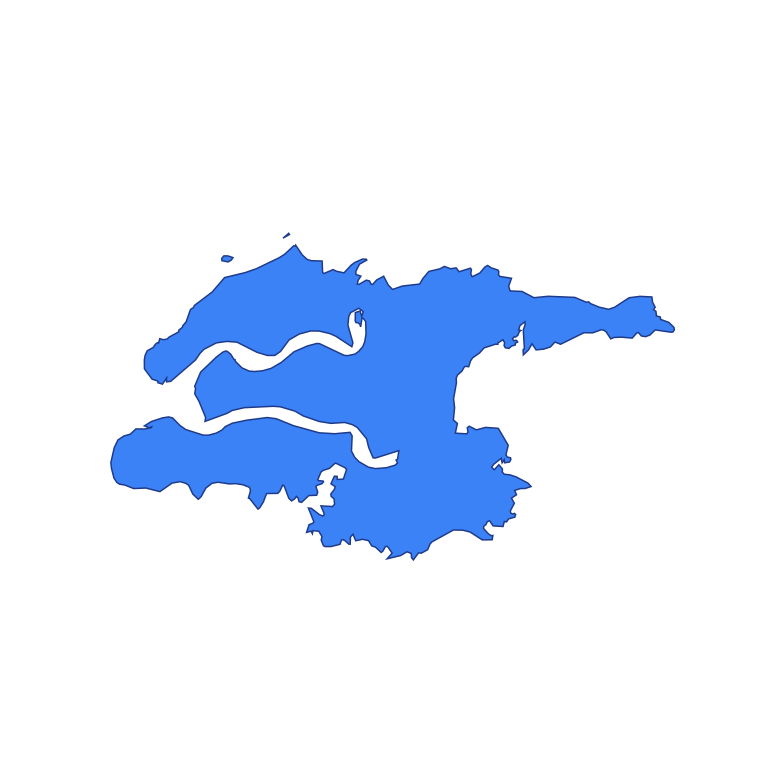 outline of Barguna, Barisal, Bangladesh, rotated 62°
{"feature_id": "16705992B13795829103768", "entity_name": "Barguna", "entity_type": "district", "adm_level": 2, "iso_a3": "BGD", "parent_name": "Bangladesh", "parent_adm1": "Barisal", "projection": "natural_earth1", "projection_center": [90.164, 22.173], "detail": "fine", "context": "isolated", "style": "filled", "palette": "blue", "viewbox_px": 768, "rotation_deg": 62, "n_neighbors": 0, "source": "geoboundaries", "source_scale": "gbopen_adm2", "svg_char_len": 6160}
<svg xmlns="http://www.w3.org/2000/svg" viewBox="0 0 768 768"><g transform="rotate(62 384 384)"><path d="M465.0,130.8L465.6,126.2L463.6,119.1L473.0,106.3L473.7,104.5L472.5,102.2L470.2,101.4L463.3,103.6L456.9,109.4L454.5,108.6L451.8,111.5L447.6,109.8L444.8,111.1L443.5,108.5L437.9,108.5L432.9,106.6L426.8,116.8L422.9,127.1L424.5,144.3L423.5,150.6L417.1,158.0L410.0,163.9L407.6,164.7L406.7,167.1L397.1,174.9L383.6,197.9L378.2,211.1L367.1,218.7L361.0,229.0L356.2,228.0L350.5,221.8L343.4,231.2L341.3,231.6L338.7,229.9L336.9,229.9L331.8,234.8L328.0,236.8L328.1,240.1L331.0,247.2L330.7,255.8L327.7,255.8L324.0,253.1L322.3,253.3L320.1,265.0L315.3,265.8L313.5,271.1L308.5,275.5L308.6,280.3L305.7,291.6L309.1,300.1L312.5,305.6L306.1,321.9L304.5,332.1L298.6,333.8L288.7,333.7L288.7,341.6L290.7,347.1L290.0,348.5L286.2,348.4L284.0,350.9L284.3,359.3L283.4,360.7L280.4,358.3L277.9,353.8L274.2,357.3L271.4,356.1L266.7,349.4L266.5,341.0L265.5,341.1L263.6,344.3L263.0,352.6L263.6,357.1L267.1,367.1L262.1,373.1L259.1,375.2L258.2,385.4L256.6,385.8L246.4,380.9L241.0,390.3L237.9,393.4L231.6,395.6L219.9,396.8L220.6,397.6L219.6,398.8L222.8,410.8L223.3,417.2L222.3,442.4L220.5,454.2L215.2,474.8L222.1,492.5L225.6,514.3L227.1,516.5L227.3,519.8L236.2,529.5L238.2,534.5L239.3,535.3L240.1,539.8L241.6,540.8L241.7,551.6L242.5,554.5L241.3,558.0L238.7,560.7L242.0,563.8L241.2,564.5L241.5,567.0L243.4,570.6L243.5,577.4L246.5,581.4L250.2,584.3L258.1,588.4L270.9,586.5L274.5,582.9L276.0,582.3L276.7,583.0L280.1,579.7L276.6,573.1L280.0,575.0L281.5,571.1L274.3,539.2L270.5,531.9L268.8,526.6L269.0,512.7L272.6,502.8L278.0,494.2L296.3,481.3L304.0,473.6L307.5,467.0L306.7,460.1L300.5,447.1L300.1,435.4L302.7,423.9L306.8,416.4L314.1,408.1L319.2,404.1L336.0,394.9L333.0,392.1L315.0,388.2L308.0,383.5L305.3,380.1L305.3,370.7L310.1,368.5L311.2,369.1L313.8,371.9L308.3,370.9L307.5,375.8L314.8,379.8L316.7,379.9L317.6,378.3L319.9,377.3L322.6,377.8L315.2,372.3L317.5,371.2L320.4,370.9L331.4,376.4L337.8,381.3L341.1,385.3L343.3,391.0L344.0,395.5L341.9,402.8L340.0,405.7L318.1,422.0L316.7,424.2L314.5,433.5L313.3,448.2L316.7,464.3L317.2,476.3L315.3,485.1L312.2,492.4L309.4,496.9L303.0,501.9L294.2,504.6L292.6,504.1L291.9,504.9L285.5,505.4L281.4,507.2L280.5,508.5L280.2,511.5L281.6,519.6L287.4,540.3L297.3,552.4L299.2,552.3L303.8,555.7L312.9,555.5L329.8,557.2L333.0,559.6L336.2,536.5L336.1,530.4L339.3,518.5L351.6,492.4L355.4,486.3L366.1,475.4L374.4,470.2L386.5,459.0L393.8,449.4L399.5,436.8L405.0,431.0L409.8,428.0L424.2,425.1L432.8,427.3L444.1,428.3L445.3,426.4L449.8,402.2L456.6,407.2L456.8,409.0L460.1,409.1L460.9,412.3L459.1,421.1L454.6,431.4L450.1,436.8L440.8,442.6L434.9,444.3L427.9,444.2L414.9,436.5L410.8,436.6L404.8,450.8L396.7,464.1L378.2,483.6L364.1,495.4L358.8,502.8L351.4,522.5L347.4,536.3L347.1,544.2L348.6,548.8L348.6,555.2L346.8,562.9L344.3,567.6L331.2,580.4L324.9,583.6L314.7,586.6L311.9,589.7L309.9,595.6L307.9,607.1L308.5,615.2L312.4,611.8L312.7,609.2L313.3,609.8L311.3,616.6L307.2,624.1L309.2,631.5L307.8,638.1L308.5,645.2L313.6,652.1L325.2,662.1L330.5,664.2L340.3,666.6L345.4,666.1L348.3,664.6L351.6,660.2L358.8,654.1L364.0,643.2L373.8,632.4L372.0,617.6L374.6,609.7L378.7,605.6L381.8,604.0L391.4,604.5L398.6,602.1L397.6,598.3L392.3,590.3L390.9,582.4L392.9,576.5L399.6,567.5L402.4,561.6L406.9,555.7L411.7,551.6L413.4,551.3L415.7,552.1L421.1,557.3L422.0,556.4L435.3,554.0L435.0,551.9L431.5,545.9L425.6,539.1L430.7,529.1L429.8,526.4L425.7,520.9L427.1,520.0L440.2,521.7L443.8,520.5L443.5,516.8L442.1,514.1L444.7,513.4L448.0,514.3L449.8,512.3L447.2,502.8L450.6,495.7L448.4,493.3L442.5,492.2L442.0,490.8L442.9,485.7L442.0,483.3L441.1,483.3L438.6,487.1L437.4,487.4L432.2,481.1L431.7,478.2L432.9,471.9L431.0,464.2L431.7,463.4L439.6,457.7L441.9,457.2L448.9,464.5L446.3,470.1L443.6,468.7L442.1,471.1L447.2,477.7L451.7,475.3L453.7,477.2L456.2,482.6L458.4,483.4L461.9,482.0L467.0,484.1L468.0,487.0L462.0,496.9L470.2,497.7L471.7,498.8L471.8,500.0L469.1,502.3L459.7,506.5L458.0,509.0L472.8,510.6L473.5,512.3L473.0,516.2L478.7,522.0L479.6,517.6L482.6,517.5L480.1,515.6L483.4,510.7L489.6,510.4L492.3,512.7L498.4,513.4L499.9,512.3L502.6,507.2L504.9,498.1L501.8,494.8L501.9,493.7L503.9,492.0L508.8,490.3L509.6,489.1L503.3,485.4L502.1,481.9L509.1,482.6L511.0,475.9L515.0,471.2L521.2,470.8L524.1,468.1L531.4,465.6L531.0,463.4L528.1,458.9L529.1,457.2L537.1,456.2L539.8,463.3L543.3,449.8L542.9,442.5L546.4,439.5L550.2,441.2L553.1,440.7L549.3,432.8L550.9,430.4L550.8,423.3L546.9,418.4L545.9,415.8L545.5,391.2L550.1,383.0L555.1,377.5L567.8,370.4L572.3,361.6L568.8,359.0L568.3,360.5L565.2,362.2L558.4,363.9L556.5,362.8L555.9,359.9L554.1,357.5L554.2,355.0L560.5,354.3L565.7,345.8L561.9,342.3L563.3,340.6L561.6,337.3L563.0,331.0L561.0,329.0L559.4,329.6L559.4,331.1L557.7,332.7L555.4,332.1L550.5,324.9L544.6,325.0L544.0,319.0L539.3,318.6L540.4,312.6L542.5,308.5L543.6,302.3L539.1,303.4L528.0,311.0L523.3,315.5L520.1,320.2L517.4,320.9L514.5,319.3L509.2,320.5L511.5,326.9L507.9,328.0L506.4,324.8L504.6,315.4L509.0,316.7L507.3,313.4L510.2,314.5L511.8,309.8L510.3,307.5L508.6,306.9L506.3,309.5L503.7,309.5L496.4,303.1L476.8,303.9L470.0,314.7L467.9,323.9L461.3,328.6L461.7,331.0L465.9,332.4L466.9,334.3L460.9,344.1L453.3,337.7L448.3,339.6L438.1,332.8L429.7,329.5L417.1,319.6L412.7,317.5L410.6,314.9L409.2,309.1L406.7,305.2L406.7,303.7L408.5,301.1L404.2,296.7L402.5,293.5L401.5,285.2L399.1,278.7L401.2,266.8L402.4,264.8L401.2,264.0L400.8,258.2L404.1,258.1L406.4,259.9L408.9,259.9L411.2,257.1L410.4,253.4L411.2,249.8L409.6,248.9L409.7,246.3L408.9,246.2L407.3,246.9L406.8,249.1L404.4,249.4L403.5,247.1L404.3,245.9L403.9,243.1L401.2,239.8L401.0,238.1L399.2,239.6L396.2,236.4L395.2,230.4L397.7,231.4L401.6,235.6L419.0,243.6L418.8,244.7L419.8,245.5L423.7,247.3L421.8,240.5L418.0,234.4L425.3,233.7L428.2,226.5L429.4,219.6L427.2,213.4L431.8,209.4L432.6,183.4L436.8,175.8L438.1,166.7L439.8,164.5L442.6,163.3L450.6,162.6L450.9,159.0L454.2,152.2L460.0,143.3L457.6,136.8L458.0,135.2L462.4,134.2L465.0,130.8ZM199.0,469.2L203.0,464.4L202.9,460.6L201.5,458.0L197.7,461.6L195.7,465.2L196.9,468.3L199.0,469.2ZM207.8,404.7L207.6,397.3L206.2,397.4L207.1,401.2L207.8,404.7Z" fill="#3b82f6" stroke="#1e3a8a" stroke-width="1.5"/></g></svg>